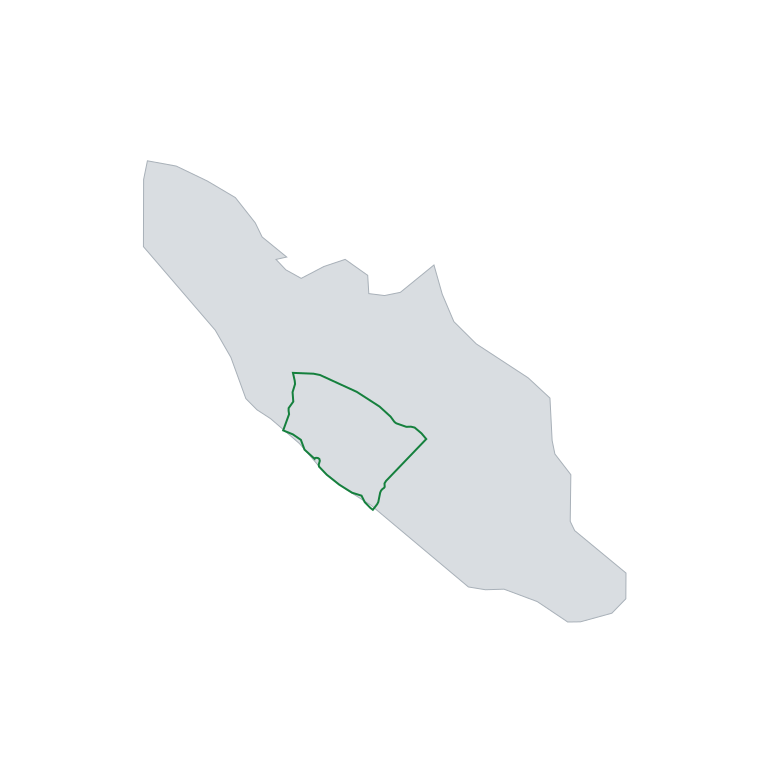 where Saint Ann sits in Jamaica, rotated 212°
{"feature_id": "JAM-1379", "entity_name": "Saint Ann", "entity_type": "Parish", "adm_level": 1, "iso_a3": "JAM", "parent_name": "Jamaica", "parent_adm1": "", "projection": "orthographic", "projection_center": [-77.258, 18.33], "detail": "coarse", "context": "in_parent", "style": "outline", "palette": "green", "viewbox_px": 768, "rotation_deg": 212, "n_neighbors": 0, "source": "natural_earth", "source_scale": "10m", "svg_char_len": 1400}
<svg xmlns="http://www.w3.org/2000/svg" viewBox="0 0 768 768"><g transform="rotate(212 384 384)"><path d="M387.8,277.4L424.2,288.7L461.8,294.5L478.1,294.8L493.4,298.4L527.9,325.4L555.6,340.2L660.8,373.0L696.2,430.0L702.9,447.9L675.7,458.7L641.5,462.5L608.8,463.3L578.5,452.4L565.3,444.1L533.8,440.1L541.6,432.4L527.7,428.8L510.2,429.7L497.3,451.7L483.0,469.1L455.4,467.5L444.8,452.6L430.4,459.3L418.7,470.4L404.7,511.4L382.2,491.0L357.8,473.9L327.0,466.9L265.0,465.6L235.8,460.0L211.5,425.2L202.0,415.2L177.5,406.1L153.3,366.2L144.6,360.7L78.6,351.9L65.1,330.0L69.3,310.4L91.4,286.4L102.1,279.5L138.7,280.7L173.5,273.6L188.9,263.3L204.9,256.6L330.9,274.3L360.0,274.5L387.8,277.4Z" fill="#d9dde1" stroke="#a8b0b8" stroke-width="1"/><path d="M326.8,271.4L329.9,271.7L337.7,273.6L343.9,277.4L353.4,274.9L368.7,274.9L384.4,276.7L395.3,279.5L396.6,280.9L397.7,284.8L399.2,286.2L400.9,286.2L402.5,285.4L403.5,284.4L403.3,283.8L416.6,286.2L424.9,292.6L434.6,293.0L444.9,291.2L448.5,308.1L450.7,310.7L452.1,313.0L451.6,321.0L457.2,328.6L459.4,336.8L461.4,339.4L467.1,345.2L449.2,355.4L443.1,357.7L402.9,362.9L375.8,362.5L361.1,359.8L355.4,357.5L353.8,357.2L352.6,357.2L342.4,359.5L338.5,362.1L334.9,363.3L326.0,362.0L319.0,359.7L330.9,302.9L330.9,300.0L328.9,297.1L328.9,296.0L329.7,294.0L330.0,292.1L329.7,289.9L326.3,280.9L326.1,278.4L326.8,271.4Z" fill="none" stroke="#15803d" stroke-width="2"/></g></svg>